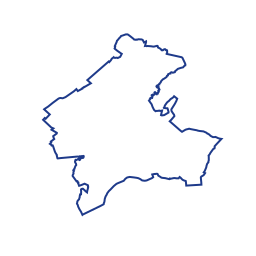 outline of Saniob, Bihor, Romania, rotated 152°
{"feature_id": "2599482B80323305476993", "entity_name": "Saniob", "entity_type": "district", "adm_level": 2, "iso_a3": "ROU", "parent_name": "Romania", "parent_adm1": "Bihor", "projection": "albers", "projection_center": [22.111, 47.257], "detail": "fine", "context": "isolated", "style": "outline", "palette": "blue", "viewbox_px": 256, "rotation_deg": 152, "n_neighbors": 0, "source": "geoboundaries", "source_scale": "gbopen_adm2", "svg_char_len": 5659}
<svg xmlns="http://www.w3.org/2000/svg" viewBox="0 0 256 256"><g transform="rotate(152 128 128)"><path d="M168.7,184.6L171.7,184.9L172.0,185.1L172.8,185.7L173.5,186.2L174.5,186.5L175.5,186.6L182.8,185.5L188.5,184.4L192.9,184.0L193.3,183.9L190.7,176.7L196.4,174.8L196.8,175.9L199.1,175.1L195.5,164.5L194.1,162.7L196.3,162.3L193.1,157.2L193.5,156.6L197.9,155.9L198.3,154.1L198.2,153.6L198.3,152.9L202.4,152.3L202.3,151.6L202.6,151.2L203.5,151.0L204.4,150.7L203.7,149.4L203.7,148.4L202.7,148.1L202.7,147.0L203.6,141.7L203.7,140.3L203.5,137.5L203.8,137.3L204.5,134.5L204.5,134.3L204.3,134.1L201.9,133.2L186.2,126.6L184.9,125.8L183.8,125.7L182.7,125.0L182.0,124.9L180.9,124.3L180.4,124.2L180.3,123.9L180.9,123.1L181.3,122.8L181.6,122.7L183.0,123.2L183.2,123.3L183.4,123.9L184.1,124.1L184.4,123.9L185.0,122.6L185.8,122.4L186.0,122.6L185.6,123.7L186.0,124.1L188.7,123.9L189.2,124.5L189.5,124.4L190.7,123.0L190.8,122.3L190.7,121.1L190.7,120.8L191.1,119.6L192.3,119.1L193.9,117.7L194.3,117.1L195.1,117.0L195.5,116.7L196.1,116.4L195.8,115.5L196.7,114.9L197.3,114.0L197.5,113.3L199.0,112.3L199.4,111.6L198.5,105.1L198.2,104.9L197.8,105.0L197.6,104.8L197.6,104.5L197.8,104.4L197.8,104.2L198.0,104.1L198.0,103.8L197.5,103.2L197.9,102.7L197.7,102.5L198.1,101.7L198.3,99.9L195.6,99.5L192.5,99.2L190.3,96.3L190.5,95.5L190.7,95.3L190.7,95.0L191.1,94.7L191.1,94.2L193.5,91.6L194.4,90.4L195.2,92.2L195.5,93.5L195.8,94.1L196.3,95.5L196.8,95.8L197.3,95.8L197.9,95.7L198.0,95.9L198.4,95.7L199.3,93.7L200.6,91.5L201.5,91.8L201.6,91.5L201.7,91.3L202.5,90.7L203.2,89.5L204.0,88.8L204.7,88.0L205.7,87.7L206.5,87.4L207.3,86.8L208.0,85.8L208.6,85.2L208.6,84.9L208.5,83.6L208.9,82.0L209.0,79.0L208.8,76.1L209.0,72.7L208.5,72.8L188.8,72.1L185.3,72.1L184.5,73.1L183.5,73.9L181.8,76.3L179.9,78.1L178.2,79.1L177.0,80.1L174.5,81.3L172.3,81.9L167.8,83.4L164.4,84.1L162.6,84.0L156.6,83.4L156.3,83.5L154.2,84.4L152.1,84.7L151.2,84.5L149.5,84.0L146.0,81.6L143.8,80.0L142.4,78.8L141.0,76.9L140.5,75.8L140.2,75.2L139.6,74.7L138.2,73.7L137.1,73.2L135.9,72.9L131.5,72.6L130.8,72.5L129.5,72.6L129.3,72.7L128.8,72.8L128.4,75.6L126.2,75.0L125.9,74.7L124.8,74.4L123.8,73.9L123.5,73.6L123.5,73.1L123.6,71.7L122.4,69.7L122.0,68.8L121.4,68.1L118.6,66.2L115.5,63.4L115.0,63.3L114.7,63.7L114.0,63.2L113.3,62.9L111.4,62.4L110.3,61.9L108.8,60.8L107.0,59.8L105.4,60.5L104.9,59.4L104.3,57.1L104.0,56.5L103.1,55.3L101.9,54.1L102.2,53.2L103.6,49.8L89.8,43.5L88.9,45.4L87.3,49.3L86.8,50.3L86.1,50.7L83.9,50.8L83.0,51.0L81.1,52.0L81.9,53.3L80.6,53.9L77.5,56.4L76.2,58.0L74.8,59.3L73.8,59.7L73.0,60.1L72.8,60.7L71.8,61.6L70.0,65.1L69.8,65.8L68.3,66.4L66.8,67.4L62.7,69.4L62.2,69.5L61.2,69.4L60.6,70.1L60.1,71.2L58.2,71.9L50.6,74.5L51.8,75.4L52.9,76.4L54.9,79.0L55.2,79.0L56.1,79.5L57.2,80.0L58.0,81.1L58.6,82.0L59.0,82.9L59.3,84.1L59.9,84.9L60.2,85.6L60.6,85.9L60.7,86.3L61.1,87.2L63.0,89.6L66.1,91.7L67.7,93.0L68.2,93.6L73.3,97.7L74.4,98.7L75.5,98.9L76.5,99.2L78.0,99.5L82.1,99.3L82.3,99.6L83.3,102.0L84.3,104.7L88.0,114.3L85.8,115.0L81.5,116.7L81.3,117.3L81.1,118.3L81.3,119.2L81.6,122.2L81.5,122.9L81.1,123.9L80.8,124.2L75.7,127.1L74.3,128.0L73.7,128.5L73.1,128.8L70.8,130.8L72.4,134.4L73.0,134.1L74.0,133.8L75.6,133.6L76.4,133.6L77.6,133.3L78.7,132.8L80.9,132.4L81.6,132.2L85.0,130.5L85.5,129.8L85.9,129.5L86.9,129.0L86.9,128.9L85.7,128.0L84.9,127.4L84.0,127.0L83.9,126.9L84.1,125.6L84.5,123.9L84.6,123.3L85.0,122.6L90.0,122.4L92.2,123.2L92.8,123.9L89.7,127.4L91.7,128.0L91.9,128.2L92.0,128.5L92.3,128.7L92.9,128.9L93.5,129.0L94.5,129.6L95.8,129.9L96.5,131.8L96.4,135.2L96.0,137.8L96.6,142.1L96.3,142.1L95.5,143.1L94.8,143.1L94.5,143.8L93.8,143.9L93.3,143.8L92.8,143.3L92.6,143.2L91.8,144.1L91.5,144.7L91.9,145.5L91.6,145.9L91.0,145.7L90.5,145.9L89.6,145.5L89.7,145.1L89.1,145.2L88.7,145.2L88.1,146.0L88.0,146.9L87.8,147.0L87.3,147.0L86.9,145.9L86.9,144.8L86.7,144.3L86.1,144.6L85.5,144.4L85.3,144.7L85.4,145.1L84.7,145.2L83.9,145.5L83.7,145.7L83.9,146.6L83.4,146.9L82.3,147.0L82.2,147.1L82.5,147.7L82.0,148.2L82.0,148.5L82.5,149.1L82.5,149.3L82.0,149.8L82.6,150.1L83.2,150.1L83.4,150.6L83.3,150.9L83.3,151.5L82.6,151.8L82.3,151.5L82.2,151.3L81.9,151.3L81.5,151.5L81.1,151.9L79.9,151.7L79.8,151.9L79.7,152.3L77.7,152.9L77.2,153.5L76.5,153.9L75.5,154.2L74.4,154.6L72.8,154.6L70.2,154.9L69.9,155.0L69.2,155.7L69.0,155.8L68.8,155.8L68.4,155.6L68.0,155.7L67.8,155.9L67.4,156.6L67.2,156.7L66.0,156.5L65.0,156.2L64.8,156.7L63.9,156.9L63.6,156.9L63.0,156.4L62.4,155.7L61.8,155.7L60.6,155.3L60.4,155.3L59.6,156.1L58.7,156.2L56.2,156.8L53.2,156.3L50.9,155.7L48.5,156.6L48.0,156.4L47.5,157.1L47.3,158.1L47.2,160.0L47.0,164.4L47.4,165.3L59.1,175.3L58.9,175.6L58.2,176.0L57.9,176.4L57.1,178.1L57.1,178.4L57.2,178.5L57.4,178.5L57.9,178.8L58.1,179.2L58.0,179.6L58.1,179.9L58.2,180.1L58.7,180.4L59.5,180.5L60.1,180.5L60.3,180.3L60.9,180.3L61.5,180.7L61.8,180.9L61.9,181.9L62.5,183.3L63.7,185.0L63.7,185.3L63.3,186.2L63.4,186.6L63.7,186.9L66.9,187.7L67.9,188.3L69.2,189.3L72.2,191.2L73.1,191.5L73.8,192.1L74.0,192.4L74.4,192.5L71.6,195.5L71.4,196.0L73.7,196.0L73.7,198.9L74.4,199.8L77.2,201.5L78.2,201.6L78.5,201.9L79.2,202.0L79.5,202.3L80.0,202.4L81.1,203.3L81.3,204.2L82.9,207.9L84.0,210.2L84.4,210.8L85.6,211.5L86.1,211.7L89.5,212.2L90.9,212.5L92.0,211.9L93.7,211.4L95.5,210.6L96.8,210.2L97.6,209.3L101.2,206.5L101.0,206.0L101.1,205.8L102.0,204.9L102.5,204.6L102.5,204.3L101.3,201.4L99.0,196.9L98.7,196.4L101.5,194.5L104.2,194.6L104.6,195.1L105.2,195.5L106.6,196.0L107.5,196.9L107.5,197.2L107.9,197.1L109.8,196.8L111.4,195.8L113.6,195.0L113.8,195.8L141.4,189.4L139.8,184.9L147.8,184.6L147.8,184.8L150.0,184.5L150.0,184.2L155.0,184.2L155.3,186.6L158.6,185.8L168.7,184.6Z" fill="none" stroke="#1e3a8a" stroke-width="2"/></g></svg>